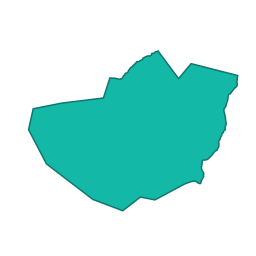 Cabana, Copán, Honduras, rotated 283°
{"feature_id": "27666195B19494062054761", "entity_name": "Cabana", "entity_type": "district", "adm_level": 2, "iso_a3": "HND", "parent_name": "Honduras", "parent_adm1": "Copán", "projection": "albers", "projection_center": [-89.051, 14.783], "detail": "fine", "context": "isolated", "style": "filled", "palette": "teal", "viewbox_px": 256, "rotation_deg": 283, "n_neighbors": 0, "source": "geoboundaries", "source_scale": "gbopen_adm2", "svg_char_len": 5517}
<svg xmlns="http://www.w3.org/2000/svg" viewBox="0 0 256 256"><g transform="rotate(283 128 128)"><path d="M112.9,207.9L113.1,208.0L113.3,208.2L113.5,208.4L113.6,208.7L113.8,209.0L113.9,209.3L114.0,209.5L114.0,209.9L114.1,210.2L114.2,210.5L114.3,210.8L114.6,211.5L114.9,211.8L115.2,212.3L115.4,212.6L115.6,212.8L116.0,213.1L117.7,214.1L119.9,215.6L120.4,215.9L120.8,216.1L121.8,216.5L122.4,216.8L123.2,217.2L124.3,217.7L124.7,218.0L125.0,218.1L125.5,218.2L125.7,218.3L125.8,218.5L125.9,218.9L125.9,219.1L125.9,219.3L126.0,219.6L126.6,219.8L127.0,219.9L128.1,220.1L128.8,220.2L129.3,220.3L130.2,220.6L130.4,220.7L130.6,220.7L130.8,220.6L131.2,220.4L131.4,220.3L131.5,220.3L131.8,220.2L132.0,220.2L132.6,220.2L132.8,220.3L133.0,220.2L133.4,220.1L133.7,219.9L133.9,219.7L134.1,219.7L134.3,219.6L134.6,219.5L135.0,219.5L135.4,219.5L135.7,219.5L136.2,219.6L136.6,219.7L137.0,219.9L137.6,220.2L137.8,220.2L138.1,220.3L138.3,220.3L138.6,220.3L138.8,220.3L139.2,220.3L139.5,220.2L139.8,220.3L140.1,220.3L140.3,220.4L140.5,220.5L141.0,220.7L141.3,220.9L141.6,220.9L141.9,221.0L142.2,221.0L142.4,221.0L142.6,220.9L143.0,220.8L143.2,220.7L143.4,220.7L143.7,220.7L143.9,220.8L144.1,221.0L144.4,221.4L144.4,221.5L144.6,221.7L144.8,221.8L145.0,221.9L145.3,222.0L145.5,222.0L145.9,221.9L146.2,221.9L146.5,222.0L147.0,222.2L147.2,222.3L147.4,222.5L147.6,222.8L147.8,223.0L148.0,223.1L148.3,223.2L148.6,223.2L148.9,223.1L149.2,223.0L149.6,222.8L150.0,222.6L150.4,222.4L150.9,222.4L151.5,222.4L151.9,222.5L152.4,222.6L152.9,222.8L153.1,222.8L153.3,222.9L153.6,222.9L153.9,222.8L154.3,222.7L154.9,222.5L155.4,222.3L156.3,221.9L157.3,221.5L158.8,220.9L160.4,220.5L160.7,220.3L161.2,220.1L163.8,218.8L165.8,217.8L166.5,217.5L166.6,217.4L166.8,217.4L167.0,217.3L167.6,217.4L168.0,217.4L168.5,217.5L168.9,217.6L169.3,217.7L169.6,217.8L170.0,218.0L170.4,218.2L170.6,218.3L171.0,218.4L171.5,218.5L172.1,218.5L173.2,218.4L173.8,218.5L174.3,218.5L176.3,218.7L177.2,218.8L178.0,218.8L178.5,218.8L179.1,218.7L180.8,218.5L182.0,218.4L182.6,218.4L182.9,218.5L183.2,218.6L183.3,218.7L183.5,218.8L184.0,219.4L184.2,219.7L184.4,219.9L184.7,220.0L185.0,220.3L185.4,220.4L187.5,221.4L190.6,222.8L190.8,222.9L191.0,223.1L191.8,223.7L192.1,224.0L192.4,224.1L192.8,224.4L193.2,224.5L193.6,224.6L193.8,224.7L194.1,224.7L194.5,224.7L194.9,224.6L195.4,224.5L196.4,224.2L196.9,224.0L197.6,223.6L197.8,223.6L198.0,223.5L198.4,223.5L198.9,223.6L199.3,223.6L199.7,223.5L201.2,223.2L201.6,223.2L202.7,223.1L203.8,223.1L204.9,175.0L187.5,166.2L209.8,139.9L209.5,139.7L209.4,139.6L209.2,139.3L208.8,138.6L208.5,137.7L208.1,137.6L207.5,137.2L207.1,136.8L206.9,136.7L206.6,136.2L206.4,135.8L206.3,135.4L206.2,134.8L206.2,134.7L205.9,134.4L205.6,134.3L205.4,134.3L205.1,134.4L204.7,134.4L204.2,134.2L203.9,134.1L203.6,133.8L203.4,133.7L203.3,133.4L203.1,133.1L203.1,132.8L203.0,132.4L203.0,132.2L202.9,131.9L202.8,131.6L202.5,130.8L202.4,130.6L202.1,130.1L201.8,129.6L201.2,128.9L200.5,128.1L199.9,127.5L199.3,126.9L199.1,126.8L198.9,126.7L198.4,126.8L198.2,126.7L197.7,126.3L196.4,124.8L195.0,123.3L194.9,123.1L194.8,122.8L194.8,122.6L194.8,122.2L194.7,121.8L194.5,121.6L194.4,121.5L194.2,121.5L194.1,121.4L193.7,121.3L193.5,121.2L193.3,121.1L193.0,120.9L192.6,120.5L192.4,120.3L192.2,120.3L191.8,120.3L191.7,120.3L191.5,120.2L191.3,120.2L191.1,120.0L191.0,119.9L190.9,119.8L190.8,119.5L190.7,119.4L190.6,119.2L190.4,119.1L190.2,118.9L189.9,118.8L189.6,118.7L189.2,118.6L188.9,118.5L188.7,118.3L188.6,118.2L188.4,118.0L188.2,117.7L187.5,117.1L187.1,116.9L186.5,116.6L185.9,116.3L185.1,116.0L184.3,115.7L184.1,115.6L183.8,115.6L183.6,115.5L183.3,115.6L183.1,115.5L182.8,115.5L182.6,115.4L182.1,115.0L181.5,114.5L181.3,114.3L181.2,114.1L180.9,113.6L180.8,113.4L180.6,113.2L180.4,113.1L180.1,112.9L179.9,112.9L179.4,112.9L179.1,112.8L178.8,112.7L178.6,112.6L178.4,112.3L178.2,112.1L177.9,111.9L177.7,111.9L177.5,112.0L177.4,112.0L177.2,111.9L176.9,111.7L174.5,110.9L174.4,110.8L174.2,110.5L174.1,110.3L174.1,110.1L174.2,109.8L174.2,109.7L174.0,109.4L173.8,109.2L173.7,109.1L173.6,108.8L173.6,108.6L173.5,107.9L173.5,107.3L173.6,106.9L173.7,106.4L173.7,106.1L173.6,105.9L173.5,105.6L173.4,105.4L173.4,105.0L173.4,104.9L173.4,104.7L173.5,104.4L173.6,104.2L173.6,103.8L173.6,103.5L173.5,103.2L173.4,102.9L173.2,102.5L173.1,102.2L172.9,100.4L172.8,99.5L172.7,99.1L151.7,97.3L137.3,57.7L125.4,31.3L104.0,31.5L74.7,56.6L50.5,109.8L46.2,141.5L63.5,155.6L64.0,170.4L85.9,195.4L86.2,195.9L86.5,196.2L89.8,201.4L90.6,203.1L91.0,204.1L91.1,204.4L91.2,204.9L91.3,205.3L91.3,205.6L91.3,205.9L91.3,206.2L91.2,206.5L91.1,206.8L90.7,207.4L90.5,207.9L90.4,208.2L90.2,208.6L90.1,209.3L90.0,210.0L90.0,210.3L90.0,210.5L90.1,210.9L90.2,211.0L90.5,211.2L90.6,211.3L90.8,211.2L91.0,211.1L91.4,211.1L91.5,211.1L92.0,211.3L92.3,211.4L92.7,211.4L92.9,211.3L93.2,211.3L93.3,211.2L93.5,211.2L93.7,211.3L93.8,211.4L94.3,211.6L94.7,211.8L95.8,212.1L96.5,212.3L96.9,212.4L97.6,212.5L98.2,212.5L98.3,212.5L98.4,212.4L98.6,212.2L98.8,212.1L99.0,212.0L99.3,212.0L99.5,212.0L99.9,212.2L100.1,212.2L100.5,212.1L100.8,212.0L101.0,211.9L101.3,211.7L101.6,211.5L101.8,211.3L102.2,210.8L102.4,210.5L102.9,210.1L103.5,209.7L104.0,209.3L104.4,209.0L104.8,208.8L105.4,208.7L105.8,208.5L106.1,208.5L107.2,208.3L108.0,208.3L108.7,208.3L109.3,208.3L109.4,208.2L109.5,208.2L109.8,208.0L109.9,207.9L110.0,207.8L110.3,207.8L110.5,207.8L110.9,208.0L111.2,208.1L111.3,208.1L111.5,208.1L111.9,207.9L112.2,207.8L112.4,207.7L112.6,207.7L112.8,207.8L112.9,207.9Z" fill="#14b8a6" stroke="#0f766e" stroke-width="1.5"/></g></svg>